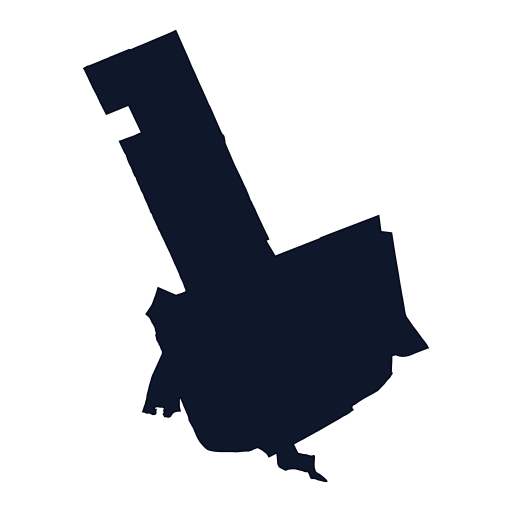 the district of Soparlita, Olt, Romania
{"feature_id": "2599482B59738251160251", "entity_name": "Soparlita", "entity_type": "district", "adm_level": 2, "iso_a3": "ROU", "parent_name": "Romania", "parent_adm1": "Olt", "projection": "equal_earth", "projection_center": [24.267, 44.29], "detail": "fine", "context": "isolated", "style": "filled", "palette": "ink", "viewbox_px": 512, "rotation_deg": 0, "n_neighbors": 0, "source": "geoboundaries", "source_scale": "gbopen_adm2", "svg_char_len": 6077}
<svg xmlns="http://www.w3.org/2000/svg" viewBox="0 0 512 512"><path d="M398.5,275.9L394.7,253.6L391.8,234.9L391.5,233.0L380.8,231.7L378.7,215.7L322.3,237.3L320.6,238.0L320.8,238.5L275.3,256.3L275.0,256.4L274.7,255.9L273.2,253.2L265.5,240.3L268.5,239.1L267.6,237.0L264.2,230.1L259.4,219.9L255.1,210.6L254.9,209.8L254.2,208.4L252.0,204.1L251.0,201.6L250.2,200.7L248.1,195.1L245.0,187.7L243.9,185.7L242.9,183.4L241.7,180.8L241.3,179.8L235.7,168.2L234.2,165.1L225.0,143.7L224.7,142.3L224.8,142.1L224.7,141.1L224.1,137.6L223.4,135.6L223.0,135.3L222.4,134.9L221.2,133.0L221.0,132.7L218.1,126.2L213.6,115.8L211.3,110.5L209.5,106.5L209.3,106.0L208.9,105.8L206.7,100.7L205.5,97.9L200.5,86.8L198.0,81.4L195.0,74.4L191.2,66.2L190.6,64.7L188.3,59.2L175.7,30.7L171.0,33.0L143.7,44.5L142.4,45.1L138.1,46.8L130.4,50.1L129.4,49.6L110.1,57.4L108.3,58.3L106.1,59.2L103.9,60.0L99.1,62.1L96.1,63.3L91.2,65.3L88.7,66.2L87.8,66.2L83.9,68.4L84.8,70.0L86.2,72.9L88.5,77.6L89.8,80.6L92.3,85.8L93.1,87.6L96.3,93.6L97.4,95.7L98.2,97.6L98.8,99.0L99.4,99.9L99.7,100.5L99.8,100.9L99.9,101.3L106.4,114.1L128.6,105.0L141.9,133.0L140.4,133.3L138.0,134.3L135.1,135.7L131.7,137.1L130.0,137.5L128.3,138.3L126.8,138.7L124.1,139.8L123.2,140.1L120.6,141.1L119.6,141.3L120.1,142.4L120.7,143.8L122.3,147.2L123.2,149.1L123.9,150.5L124.3,151.4L124.9,152.5L126.3,154.5L126.6,155.2L126.7,155.9L127.2,157.2L127.6,158.6L128.3,160.5L129.0,162.2L129.7,163.8L130.3,164.7L130.5,165.4L130.9,165.9L131.2,166.5L131.5,167.3L131.9,168.2L132.3,168.9L132.5,169.4L132.7,170.1L133.2,171.6L133.7,172.8L134.1,173.5L134.4,174.3L134.6,175.0L135.0,175.7L135.6,176.2L135.9,176.8L136.5,177.6L136.7,178.4L136.8,179.1L137.3,180.4L138.7,183.7L139.5,185.3L140.0,186.2L140.5,187.4L140.9,188.7L141.7,190.7L143.1,192.9L143.6,194.0L144.0,194.8L144.2,195.8L144.6,196.6L144.9,197.6L145.3,198.5L145.8,199.6L146.3,200.7L146.6,201.5L147.0,202.1L147.5,203.0L147.8,203.8L148.0,204.4L148.6,205.9L148.9,206.7L149.5,208.2L149.9,208.9L150.3,209.8L150.7,211.5L151.3,212.4L151.6,213.0L152.2,213.3L152.8,214.6L153.1,216.0L154.2,218.5L155.8,221.9L156.9,224.4L157.9,226.3L158.3,227.6L158.8,228.9L159.4,229.9L160.1,231.0L160.9,232.6L161.7,234.6L162.6,236.4L164.3,239.7L165.0,241.3L165.7,242.9L166.4,244.5L167.4,246.5L168.1,248.1L168.5,248.7L168.7,249.5L170.0,251.8L170.6,253.3L171.8,256.0L173.4,259.6L174.3,261.8L175.1,263.8L176.3,266.1L178.7,271.6L179.7,273.8L180.1,275.1L180.8,277.0L181.2,278.0L181.7,278.9L182.3,280.2L182.9,281.5L183.7,283.1L184.1,284.6L184.5,285.5L184.9,286.8L185.8,288.8L186.3,290.8L186.4,291.4L185.3,292.2L182.7,293.3L179.6,294.4L177.9,294.8L177.1,295.1L176.6,295.8L171.9,293.8L158.1,287.8L156.9,292.1L155.7,295.9L154.9,297.8L153.9,300.7L153.4,302.0L152.6,304.1L152.0,305.3L151.4,306.3L151.0,307.1L150.4,307.9L146.2,314.1L147.8,315.5L148.7,316.2L149.6,317.2L150.4,318.2L151.0,319.7L151.4,320.3L151.7,321.0L152.0,321.8L152.5,322.6L153.2,323.7L153.8,324.7L154.3,325.7L154.8,326.5L155.3,327.9L155.5,328.8L155.7,329.7L155.8,330.5L156.0,331.3L156.5,332.0L156.7,332.8L156.4,333.6L156.2,334.6L156.0,335.5L156.4,336.4L157.0,339.8L158.0,341.5L158.9,342.7L159.1,343.8L159.6,344.8L160.3,345.7L160.8,347.3L161.3,348.7L161.8,349.7L162.4,350.6L162.6,351.5L162.6,352.5L162.9,353.0L162.0,355.1L158.8,362.2L155.0,370.6L153.9,373.0L152.6,375.8L151.7,378.6L151.0,381.3L149.7,385.6L148.5,390.6L147.5,394.4L147.0,397.6L146.8,399.2L146.1,401.4L145.4,404.4L144.3,407.2L143.8,409.0L142.8,411.7L145.4,412.2L146.6,413.0L149.7,412.8L151.3,413.7L152.6,414.3L154.1,414.4L155.3,413.9L155.9,413.0L155.6,411.3L156.0,409.5L154.6,409.4L154.2,408.9L154.1,408.3L154.4,407.5L155.1,407.0L156.2,406.6L157.8,406.5L160.3,407.0L162.2,406.8L164.0,407.6L164.6,408.6L163.8,410.9L164.5,412.1L164.2,413.2L163.4,414.0L164.7,416.5L166.3,416.5L167.3,416.8L168.8,417.0L170.2,416.4L171.7,414.1L173.3,412.3L175.5,411.4L178.0,410.9L180.1,410.9L179.2,407.3L179.1,405.6L179.1,399.5L179.6,398.1L180.7,397.5L182.0,400.6L183.2,403.4L184.3,406.4L185.2,408.3L186.1,410.5L187.3,413.3L188.4,415.6L189.0,418.1L189.1,419.1L189.4,420.5L190.0,421.4L190.6,422.6L191.6,424.3L192.4,425.9L193.5,427.6L194.2,429.0L194.6,430.3L196.9,435.7L197.9,437.8L199.3,440.1L200.3,441.8L201.4,443.1L204.2,446.3L205.9,447.9L207.6,449.2L209.3,449.9L211.4,450.4L214.8,451.0L221.0,451.4L227.5,451.4L232.0,451.4L236.7,451.6L241.9,451.1L246.1,450.8L248.3,450.9L249.8,450.4L251.6,449.9L253.3,448.9L255.5,448.1L257.7,447.3L262.2,449.7L267.1,453.5L269.0,456.7L276.7,452.7L277.2,454.7L277.5,457.0L277.6,459.2L277.9,462.1L278.0,463.9L279.3,466.6L280.2,467.2L281.7,468.1L284.1,469.3L285.2,469.9L286.1,469.9L286.7,469.7L287.7,469.1L291.4,468.6L295.2,468.6L301.9,470.3L303.0,470.5L304.4,471.2L305.7,471.5L307.1,471.4L307.9,471.6L308.5,472.1L309.3,473.5L310.2,475.7L310.6,477.1L311.0,477.7L311.6,478.3L313.5,478.3L314.8,478.4L316.7,479.0L318.5,479.8L319.8,480.0L324.2,481.1L325.2,481.3L326.2,481.3L326.7,481.1L325.7,479.8L323.5,477.8L320.6,475.4L318.2,473.9L316.4,472.9L315.3,471.8L314.6,469.4L314.0,467.7L313.9,463.7L314.3,456.8L314.0,455.8L313.2,455.8L311.9,456.4L308.7,455.8L306.1,454.9L304.1,454.9L298.6,453.6L297.7,453.4L293.1,444.1L294.3,443.4L300.2,440.2L304.3,438.1L305.7,437.2L311.6,434.0L314.1,432.6L314.3,432.4L315.3,431.9L318.0,430.5L333.6,421.5L339.2,418.3L343.2,415.8L346.1,414.4L348.6,412.9L350.2,411.8L350.7,411.1L351.9,410.4L352.9,409.8L352.1,408.8L351.6,407.2L352.1,405.8L352.6,405.0L354.8,404.1L358.0,401.7L364.1,397.8L367.1,396.2L372.3,393.4L377.6,390.3L383.5,384.2L384.6,383.0L385.8,381.3L386.7,380.2L387.4,379.4L389.5,377.3L390.0,376.7L390.3,375.9L391.7,373.9L392.0,373.1L391.1,372.8L391.4,364.6L391.6,361.1L391.6,358.4L391.6,355.9L392.5,355.4L394.1,354.9L395.8,354.6L396.6,354.7L397.8,355.3L399.7,355.8L401.6,356.1L402.9,356.2L406.4,355.8L408.1,355.4L409.9,354.9L412.4,353.9L415.0,352.7L420.8,350.5L426.8,348.2L428.1,347.8L427.9,347.5L426.3,344.6L424.5,342.2L421.1,337.8L418.3,333.9L415.8,330.5L412.7,326.6L409.7,322.2L406.1,317.0L405.6,315.8L405.0,313.9L404.4,310.9L404.0,308.1L403.0,302.3L402.5,299.2L401.6,294.7L400.8,289.7L398.8,278.5L398.7,277.4L398.5,275.9Z" fill="#0f172a" stroke="#020617" stroke-width="1.5"/></svg>